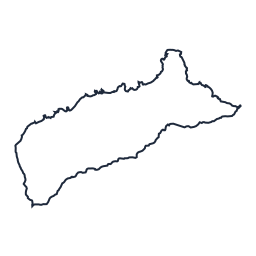 Nossa Senhora Do Livramento, Ribeira Grande, Cabo Verde
{"feature_id": "66160863B28688334871687", "entity_name": "Nossa Senhora Do Livramento", "entity_type": "district", "adm_level": 2, "iso_a3": "CPV", "parent_name": "Cabo Verde", "parent_adm1": "Ribeira Grande", "projection": "mercator", "projection_center": [-25.107, 17.182], "detail": "fine", "context": "isolated", "style": "outline", "palette": "slate", "viewbox_px": 256, "rotation_deg": 0, "n_neighbors": 0, "source": "geoboundaries", "source_scale": "gbopen_adm2", "svg_char_len": 5671}
<svg xmlns="http://www.w3.org/2000/svg" viewBox="0 0 256 256"><path d="M240.6,106.0L240.4,105.5L240.2,105.4L239.0,106.6L237.8,107.1L237.2,107.1L235.4,106.1L233.8,106.1L232.7,105.8L232.1,105.6L231.1,104.4L229.5,103.4L227.0,103.1L225.3,102.2L220.8,101.4L220.1,99.8L220.1,99.3L220.0,99.1L219.1,99.1L218.6,98.7L218.2,97.4L217.8,97.1L217.5,97.5L217.1,96.6L216.7,96.3L216.1,96.2L215.6,95.8L215.0,95.7L214.4,95.9L213.2,96.6L212.3,96.5L212.1,96.2L212.5,94.8L212.7,92.7L212.0,90.6L210.8,88.9L209.2,87.4L207.9,86.8L207.6,86.1L206.4,85.3L205.7,85.1L205.4,85.4L205.7,87.7L204.8,86.4L202.8,85.2L202.0,85.1L201.1,84.0L200.7,83.1L199.7,83.3L199.5,82.2L199.2,82.4L199.2,83.4L198.1,84.1L197.5,83.9L197.2,84.1L193.3,84.4L191.8,83.5L191.4,82.9L190.8,83.2L189.2,82.3L189.0,81.6L189.0,81.0L188.7,80.8L188.0,81.0L187.6,80.7L186.8,79.5L186.7,79.0L186.7,78.1L187.2,76.8L186.7,74.4L186.0,73.7L185.9,71.4L187.0,70.4L186.9,70.1L186.6,69.9L187.0,68.8L186.8,67.8L186.2,67.6L185.4,66.3L184.8,65.7L184.9,65.1L184.4,64.3L184.5,63.4L184.3,62.6L181.7,57.3L181.4,57.0L180.5,56.7L180.0,55.6L179.9,54.4L181.0,53.9L181.2,52.0L178.0,50.5L176.0,50.9L174.4,50.2L173.1,49.9L169.8,49.8L167.8,49.9L167.2,50.2L165.6,52.8L165.7,53.7L165.4,54.8L166.1,54.6L166.7,53.9L167.3,54.0L166.4,55.4L166.7,56.4L165.2,57.3L164.6,58.9L164.1,59.6L163.5,59.6L163.4,58.9L162.2,58.7L161.2,59.4L160.9,60.3L161.0,61.2L162.7,63.7L162.9,64.4L162.5,65.4L162.7,66.2L162.5,67.6L163.0,69.1L162.5,70.5L161.9,71.4L160.9,71.9L160.6,73.1L160.1,73.7L159.0,74.7L158.2,74.9L157.9,75.3L156.9,75.4L156.9,75.9L157.6,77.3L157.4,77.5L156.6,77.4L156.4,77.7L156.5,78.0L155.7,78.3L155.1,79.2L154.1,80.0L153.4,80.9L150.7,82.6L148.0,83.4L145.7,84.5L144.4,84.2L143.3,84.6L143.0,84.6L142.7,84.2L142.5,82.9L142.1,82.2L141.7,82.1L140.1,82.7L138.5,81.9L138.5,82.4L139.3,85.1L139.5,86.4L138.7,87.0L137.8,87.0L137.8,87.5L137.1,88.9L136.0,89.7L134.5,89.9L133.5,89.6L132.2,88.2L131.1,88.7L130.5,88.2L129.5,89.8L128.5,90.2L128.1,91.4L127.7,91.5L125.9,91.1L125.0,90.0L124.8,89.1L124.9,88.0L125.3,86.6L124.6,85.3L124.6,84.1L124.2,83.8L123.5,83.8L122.9,83.5L122.6,83.7L121.1,86.1L120.7,86.3L119.5,86.1L119.0,86.5L117.9,87.4L117.4,89.3L116.5,91.0L115.7,91.3L115.2,91.4L114.2,91.1L113.9,91.3L113.8,92.0L112.5,91.9L110.3,93.0L107.9,92.9L103.9,92.4L103.6,92.1L103.6,91.1L103.4,90.8L102.8,90.4L102.6,91.0L102.2,91.1L102.2,90.5L101.5,89.5L101.3,89.9L101.7,90.5L101.6,91.6L102.5,91.7L102.8,92.3L102.5,93.2L101.9,93.5L100.9,93.3L100.2,92.1L99.7,91.8L99.2,93.2L98.6,93.4L97.6,92.7L96.7,90.9L96.4,90.9L96.3,91.6L95.3,91.4L94.9,91.0L94.8,91.3L94.8,91.7L96.0,93.3L96.0,94.1L94.3,95.1L93.0,95.3L91.7,96.1L90.2,96.4L87.4,95.9L87.4,94.9L86.1,94.3L86.2,94.7L85.4,95.1L84.8,96.0L83.7,97.0L83.3,97.3L82.3,97.3L80.1,99.1L78.5,101.4L77.5,102.2L74.9,106.2L72.2,109.0L71.0,110.1L70.0,110.5L69.5,110.5L69.2,110.3L68.8,109.3L68.1,109.3L68.4,108.0L67.9,107.3L67.3,107.3L67.0,107.5L66.9,108.0L67.6,109.9L67.4,110.2L66.8,110.3L66.7,111.1L66.4,111.3L65.4,111.3L64.8,111.0L62.4,109.1L61.6,108.8L59.1,108.8L58.4,109.3L58.7,110.6L58.3,111.6L57.9,111.2L57.3,111.2L57.3,111.6L57.7,111.7L57.7,111.9L56.1,112.8L55.8,112.1L54.9,112.0L55.5,112.7L55.4,113.1L54.2,114.7L53.6,116.7L51.4,117.0L50.9,117.3L50.6,118.0L49.2,117.3L48.8,117.5L48.3,117.1L47.9,117.5L47.6,117.5L47.2,117.6L46.6,117.9L45.8,117.2L45.2,115.3L44.4,115.3L43.6,115.9L44.1,117.0L44.2,117.5L43.7,118.6L43.9,119.0L43.8,119.3L41.4,121.0L38.8,121.9L36.0,123.3L35.0,121.9L34.9,122.4L32.9,123.1L32.4,123.5L31.4,123.6L27.4,126.7L27.0,128.3L26.0,128.9L25.1,131.2L23.8,133.4L22.7,134.8L21.7,135.4L22.0,136.8L21.2,139.4L20.7,140.2L20.6,140.7L15.9,144.8L15.4,145.7L15.4,146.0L15.6,146.7L15.7,148.0L15.6,151.3L15.8,152.3L16.4,152.9L16.8,156.6L17.7,159.4L17.7,160.2L18.3,162.6L19.5,165.0L19.9,166.7L20.6,167.5L20.9,168.7L22.6,171.4L23.2,173.1L24.2,174.1L24.6,175.1L24.8,177.0L25.3,178.4L25.5,180.1L24.6,182.4L23.8,183.5L23.7,184.0L25.6,186.3L26.3,186.9L26.8,188.5L26.1,190.6L25.9,191.8L25.8,193.0L25.9,194.6L27.9,196.8L27.8,198.0L28.2,198.4L30.0,199.8L31.9,200.4L32.2,200.9L32.6,203.5L32.2,204.7L32.3,206.2L33.2,205.2L33.9,204.7L34.8,204.4L38.9,204.4L39.8,204.7L41.3,204.8L43.4,204.1L44.9,204.2L46.7,204.1L48.2,202.0L49.7,198.4L50.5,197.5L52.1,196.5L53.5,196.0L55.2,194.6L56.7,194.1L57.7,190.8L58.6,190.3L59.3,188.9L60.6,187.1L62.3,183.3L63.3,182.8L64.2,182.0L65.7,179.8L67.6,178.5L70.5,177.9L71.2,177.4L71.3,177.0L72.0,176.7L72.8,177.2L75.1,176.6L76.0,175.7L76.6,174.2L78.2,172.5L79.6,172.2L81.2,172.1L82.7,172.8L85.6,172.4L86.3,170.9L86.6,169.6L87.1,169.0L88.1,168.5L93.0,168.4L95.0,168.9L95.2,169.7L96.7,169.8L97.7,169.6L98.8,169.2L100.5,167.5L101.8,166.7L103.5,166.2L107.4,165.6L107.9,164.3L109.0,163.9L110.3,164.1L111.1,163.7L112.1,162.4L113.2,161.6L115.3,161.2L117.1,161.4L117.8,161.0L118.4,159.0L119.1,158.4L120.0,158.3L124.0,158.8L124.5,158.3L127.8,158.2L129.2,157.4L132.6,157.3L135.4,157.9L136.7,157.2L136.7,154.3L137.7,152.7L139.1,151.9L140.3,151.6L142.5,150.7L144.8,148.4L145.2,146.7L145.7,145.8L148.7,145.6L149.5,144.2L153.0,143.3L154.3,142.6L155.3,141.3L155.6,140.2L157.5,138.0L158.6,137.3L158.9,133.7L160.2,133.1L161.6,130.5L162.8,129.7L163.6,129.8L164.0,130.3L165.0,130.2L165.4,129.5L165.7,127.4L166.2,126.0L167.9,124.5L169.0,125.4L169.8,124.2L170.5,123.9L173.3,123.7L184.4,127.3L185.2,127.1L185.9,126.6L186.8,126.3L188.0,126.2L188.6,126.2L190.7,127.5L194.0,126.9L196.1,126.1L198.2,124.4L199.7,122.3L201.8,123.0L202.9,122.2L204.0,122.1L205.2,122.6L208.4,122.8L211.2,122.0L212.3,121.2L213.9,121.2L216.9,119.0L219.0,118.5L219.7,117.9L221.1,117.8L221.5,117.0L222.3,116.5L225.2,116.2L227.7,116.4L232.0,116.0L233.0,115.0L234.1,114.4L235.5,111.6L236.7,110.8L237.3,108.7L238.4,108.3L240.6,106.0Z" fill="none" stroke="#1e293b" stroke-width="2"/></svg>